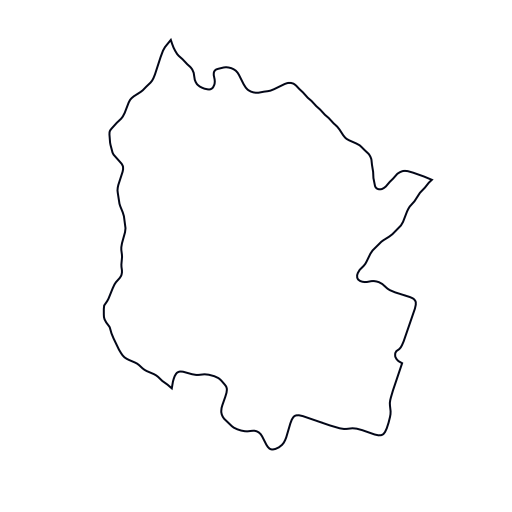 outline of Guerra, Santo Domingo, Dominican Republic, rotated 288°
{"feature_id": "3306468B94493131963400", "entity_name": "Guerra", "entity_type": "district", "adm_level": 2, "iso_a3": "DOM", "parent_name": "Dominican Republic", "parent_adm1": "Santo Domingo", "projection": "mercator", "projection_center": [-69.659, 18.576], "detail": "fine", "context": "isolated", "style": "outline", "palette": "ink", "viewbox_px": 512, "rotation_deg": 288, "n_neighbors": 0, "source": "geoboundaries", "source_scale": "gbopen_adm2", "svg_char_len": 4279}
<svg xmlns="http://www.w3.org/2000/svg" viewBox="0 0 512 512"><g transform="rotate(288 256 256)"><path d="M162.0,126.9L158.7,127.6L153.2,129.4L150.9,130.3L148.9,131.6L146.5,134.1L143.4,138.5L142.6,139.2L137.7,142.5L133.6,146.0L124.6,154.6L121.9,157.7L120.3,159.8L119.0,162.2L118.3,164.7L117.9,167.2L117.3,173.7L116.9,176.2L116.1,178.5L114.1,182.8L113.3,185.1L112.8,187.6L112.1,195.4L111.6,197.9L110.8,200.2L108.2,205.5L106.3,211.6L104.1,216.8L111.0,215.8L113.9,215.7L116.7,215.8L119.3,216.4L120.5,216.9L121.5,217.8L122.3,218.8L122.8,219.9L123.4,222.3L123.8,231.7L124.4,235.8L125.2,238.2L127.6,243.6L128.5,247.8L128.8,253.5L128.3,257.7L127.9,259.1L126.9,261.3L124.0,266.1L122.7,267.9L121.8,268.6L120.7,269.3L119.5,269.7L116.8,270.2L112.6,270.3L103.8,270.1L100.9,270.2L98.1,270.8L96.8,271.2L94.7,272.4L92.9,274.0L91.4,275.9L86.7,285.6L85.9,287.9L85.4,291.8L85.4,295.8L85.9,299.6L86.6,302.1L88.5,306.2L89.3,308.3L89.5,310.7L89.1,313.1L88.0,315.5L86.3,317.6L79.7,324.2L78.1,326.2L77.0,328.3L76.8,329.6L76.9,330.9L77.3,332.0L78.5,334.1L81.1,336.9L84.4,339.1L87.0,340.1L89.9,340.6L92.8,340.8L107.4,340.4L111.4,340.6L113.9,341.2L115.1,341.7L116.1,342.5L116.9,343.6L117.8,346.0L118.2,350.0L117.7,378.5L118.0,388.9L118.7,393.2L119.6,395.7L122.0,401.0L122.9,405.1L123.2,410.9L122.9,424.0L123.3,427.9L124.2,430.3L125.0,431.3L126.0,432.2L128.5,433.1L132.5,433.6L138.3,433.6L144.2,433.2L147.1,432.8L149.9,432.0L155.2,429.6L157.6,428.7L160.4,428.2L163.2,428.0L170.5,427.8L199.2,428.1L199.9,424.6L200.3,423.4L201.4,421.5L202.9,419.9L203.8,419.3L205.9,418.6L207.0,418.5L208.9,418.9L211.7,421.0L213.8,421.9L216.3,422.4L220.5,422.8L255.1,423.4L259.1,423.0L261.5,422.2L262.5,421.4L263.3,420.3L263.9,419.2L264.2,418.0L264.5,415.4L264.4,399.5L264.9,393.8L265.6,391.1L268.4,384.7L269.1,380.9L269.0,378.4L268.6,375.9L267.8,373.6L265.6,369.6L264.8,367.4L264.4,365.1L264.4,362.8L265.1,360.6L265.9,359.6L266.8,358.9L269.0,358.1L271.3,358.1L274.9,358.9L280.0,361.5L282.4,362.4L285.1,362.9L293.6,364.1L297.4,365.2L308.3,370.8L310.5,372.4L315.6,376.7L318.9,379.0L329.8,384.4L333.9,385.3L345.1,385.9L347.9,386.3L350.5,386.9L357.0,389.8L366.8,392.4L373.2,395.5L379.1,397.7L382.8,399.7L383.5,391.2L383.8,379.7L383.6,374.1L383.0,371.4L382.5,370.1L381.9,369.0L380.4,367.2L378.6,365.6L377.6,364.9L372.0,362.5L367.8,360.3L362.2,358.0L360.3,356.7L358.7,355.2L358.1,354.2L357.7,353.2L357.4,352.0L357.4,350.9L357.6,349.8L358.2,348.7L358.9,347.9L359.8,347.3L366.4,343.6L372.2,341.4L378.6,338.1L383.1,336.1L384.1,335.5L385.9,334.0L387.5,332.2L388.1,331.2L390.2,326.7L392.3,322.6L393.3,320.4L394.0,316.6L394.8,308.8L395.3,306.3L395.7,305.1L396.3,303.9L397.8,301.6L402.1,296.3L404.1,293.3L406.2,288.7L409.7,282.5L411.6,277.9L415.1,271.7L417.1,267.1L420.6,260.9L422.5,256.3L426.1,250.1L428.2,245.6L430.4,241.6L431.2,239.5L431.5,238.2L431.4,235.7L430.6,233.3L430.0,232.2L428.5,230.2L420.2,221.6L417.7,218.6L416.4,216.3L414.8,212.9L412.0,207.8L411.2,205.4L410.8,202.9L410.8,200.3L411.3,197.7L411.7,196.5L413.0,194.2L415.5,191.2L423.0,183.8L424.7,181.8L426.0,179.5L426.7,177.0L427.0,174.4L426.8,171.8L426.3,169.2L425.3,167.0L422.4,162.3L421.2,160.6L420.3,159.9L419.2,159.4L418.1,159.2L417.0,159.3L415.0,159.9L411.3,162.0L409.2,162.9L406.9,163.4L405.7,163.4L403.4,163.1L402.3,162.7L401.3,162.0L400.4,161.0L399.9,160.0L399.6,158.8L399.2,155.2L399.4,152.6L399.8,150.1L400.7,147.7L401.3,146.6L402.9,144.8L404.7,143.3L411.0,140.1L413.7,137.7L415.0,135.9L415.6,134.8L417.1,131.4L420.5,125.2L422.5,120.6L423.7,118.6L426.1,115.8L428.7,113.2L431.8,110.7L435.2,108.2L426.6,104.9L422.6,104.1L415.7,103.8L397.4,103.8L393.3,103.5L390.7,103.0L388.3,102.1L383.1,99.3L378.6,97.1L376.4,95.6L370.2,90.5L368.0,89.1L366.8,88.5L365.5,88.0L362.7,87.5L351.5,86.9L347.4,86.2L344.9,85.3L339.8,82.5L332.4,79.2L330.4,78.5L329.3,78.4L328.3,78.5L326.2,79.1L318.7,82.2L316.7,83.3L310.0,87.6L308.4,89.2L302.2,99.7L300.7,101.3L299.7,102.0L297.4,102.8L294.8,103.1L281.0,103.1L278.2,103.4L275.6,104.0L273.4,105.0L263.5,110.0L261.4,111.5L256.3,115.8L253.0,118.1L242.1,123.3L238.1,124.1L226.8,124.6L222.7,125.2L220.2,126.0L216.0,128.0L213.7,128.9L206.3,130.6L204.1,131.4L201.0,132.9L198.9,133.6L196.5,133.9L195.3,133.8L193.0,133.2L187.8,130.9L185.2,130.2L181.1,129.7L169.8,128.9L167.1,128.4L162.0,126.9Z" fill="none" stroke="#020617" stroke-width="2"/></g></svg>